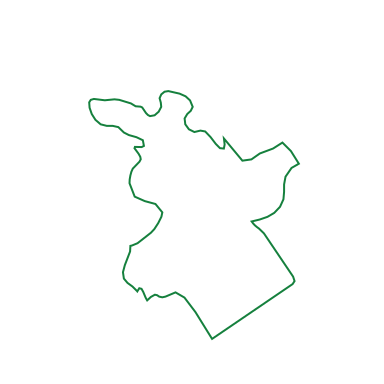 the border of Zamboanga del Sur, rotated 146°
{"feature_id": "PHL-2522", "entity_name": "Zamboanga del Sur", "entity_type": "Province", "adm_level": 1, "iso_a3": "PHL", "parent_name": "Philippines", "parent_adm1": "", "projection": "natural_earth1", "projection_center": [123.35, 7.8], "detail": "fine", "context": "isolated", "style": "outline", "palette": "green", "viewbox_px": 384, "rotation_deg": 146, "n_neighbors": 0, "source": "natural_earth", "source_scale": "10m", "svg_char_len": 1669}
<svg xmlns="http://www.w3.org/2000/svg" viewBox="0 0 384 384"><g transform="rotate(146 192 192)"><path d="M289.8,127.2L289.8,127.3L289.5,130.4L288.3,136.4L288.0,139.9L288.0,140.0L288.4,140.4L289.5,141.7L292.9,140.2L292.9,140.3L294.2,146.9L296.3,152.7L296.9,158.3L294.1,164.1L288.6,168.9L276.6,177.3L273.2,181.8L271.7,181.2L265.8,180.0L248.8,181.2L244.0,182.3L237.4,185.1L231.2,188.6L228.0,191.7L229.0,202.5L236.2,210.8L242.1,220.2L238.9,234.2L236.6,237.3L233.8,240.2L230.9,242.7L228.0,244.5L218.6,246.5L216.2,247.8L215.2,250.1L214.9,253.6L215.2,260.4L214.1,261.3L208.6,257.4L206.1,257.1L203.8,262.4L207.4,268.5L212.5,274.5L215.2,279.4L216.8,287.0L220.8,291.2L225.6,294.4L229.9,299.2L231.7,305.8L231.5,312.7L229.8,319.1L227.1,323.8L224.4,325.0L221.3,324.0L213.0,316.8L204.5,312.2L200.8,309.1L193.1,299.6L190.8,294.6L186.9,291.5L186.0,289.9L186.0,283.2L185.5,280.5L184.4,278.4L180.1,276.5L174.7,277.2L169.9,279.8L167.9,283.5L166.4,287.9L162.9,290.1L158.7,290.5L155.2,288.9L147.3,280.5L143.8,274.9L142.4,269.0L143.8,262.2L147.6,260.0L152.3,259.3L157.0,257.1L159.7,251.9L159.5,245.7L156.5,240.4L150.7,238.2L147.2,234.8L145.9,227.1L145.4,218.6L144.3,212.7L141.3,210.2L138.4,213.1L135.6,218.5L132.7,189.8L124.5,185.8L114.2,186.0L100.5,182.7L89.4,182.4L87.1,170.6L87.6,155.7L96.0,156.3L105.9,152.4L111.4,146.8L115.6,140.6L120.3,134.8L127.3,130.5L135.5,128.7L143.3,129.2L151.2,131.3L159.0,134.2L158.9,131.7L158.5,129.2L157.8,126.7L156.9,124.2L155.5,117.5L155.5,65.3L156.8,60.8L160.1,59.4L257.5,59.0L256.3,90.5L257.3,108.7L261.8,118.0L272.5,120.1L275.5,121.3L277.7,123.6L278.6,125.9L280.2,127.6L284.8,128.0L289.8,127.2Z" fill="none" stroke="#15803d" stroke-width="2"/></g></svg>